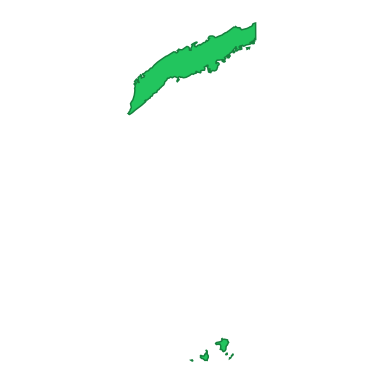 Roatan, Islas de la Bahía, Honduras
{"feature_id": "27666195B61672641857391", "entity_name": "Roatan", "entity_type": "district", "adm_level": 2, "iso_a3": "HND", "parent_name": "Honduras", "parent_adm1": "Islas de la Bahía", "projection": "mercator", "projection_center": [-86.506, 16.164], "detail": "fine", "context": "isolated", "style": "filled", "palette": "green", "viewbox_px": 384, "rotation_deg": 0, "n_neighbors": 0, "source": "geoboundaries", "source_scale": "gbopen_adm2", "svg_char_len": 5745}
<svg xmlns="http://www.w3.org/2000/svg" viewBox="0 0 384 384"><path d="M255.6,23.0L254.3,23.3L253.0,23.9L252.7,24.2L252.4,25.6L250.8,26.7L249.7,27.0L249.1,27.5L246.9,28.5L241.7,29.8L241.3,29.6L241.1,29.1L240.3,28.8L240.2,28.1L239.9,27.7L237.5,27.7L236.6,27.3L235.6,26.5L234.9,27.3L233.8,27.1L229.0,30.7L228.8,31.0L228.0,31.3L227.2,32.1L224.7,33.1L224.0,33.7L223.6,33.8L222.1,35.0L218.6,36.3L216.1,37.5L214.9,37.5L214.0,36.5L212.5,36.0L210.8,36.0L209.5,36.3L209.2,36.5L208.2,38.1L208.2,38.3L209.2,38.7L208.6,39.1L208.7,39.8L208.4,40.1L207.2,41.1L206.7,40.4L206.4,40.4L205.3,42.3L203.5,42.7L200.5,45.0L200.0,44.5L199.1,45.0L198.2,45.1L196.2,46.8L195.6,46.5L195.0,46.6L194.6,46.1L194.8,45.5L194.5,44.3L195.4,43.8L196.7,42.8L197.0,42.3L196.6,42.1L195.7,42.3L193.3,43.5L191.7,44.6L191.6,44.8L192.7,45.2L191.0,48.1L190.9,48.8L191.2,50.0L191.0,50.3L189.5,50.2L189.3,48.3L189.0,47.4L187.8,46.6L186.8,46.5L182.2,49.7L180.8,49.8L178.7,49.2L178.1,50.0L177.3,50.6L177.6,50.9L178.5,50.8L177.8,52.0L177.1,52.7L176.6,52.9L176.1,52.8L175.9,52.5L175.7,52.0L173.6,51.9L167.6,55.7L165.8,56.4L159.7,60.6L157.5,62.2L154.2,65.2L152.0,67.9L150.5,68.3L148.4,70.6L147.8,71.0L146.2,71.4L144.2,73.5L143.0,73.7L142.7,74.0L142.6,74.4L143.3,75.2L143.7,75.6L144.5,75.8L144.0,77.1L142.4,77.5L141.5,78.0L141.5,76.0L140.8,74.7L140.6,74.8L140.4,75.1L140.8,75.9L140.7,76.3L140.3,76.5L139.4,76.3L138.1,77.6L138.3,78.7L138.0,79.1L138.0,79.5L139.0,82.4L138.5,82.5L137.6,81.9L137.5,81.3L137.0,80.5L136.9,79.8L136.4,79.2L134.6,81.4L134.5,81.7L134.6,81.9L135.9,82.5L136.1,83.5L135.9,83.8L135.5,84.1L134.7,83.7L134.3,83.7L134.1,84.0L134.9,84.9L135.2,86.8L134.6,88.3L134.9,89.8L134.8,91.6L134.3,95.2L132.9,99.8L131.4,102.0L130.5,103.7L131.3,107.2L131.2,108.0L130.3,109.5L130.1,110.8L129.3,111.6L128.8,112.7L128.3,113.3L128.5,113.3L128.9,114.3L129.5,114.5L132.5,112.5L135.3,110.0L141.7,105.2L144.4,102.8L145.5,101.8L145.9,101.2L145.9,100.9L145.0,100.7L145.4,100.2L147.1,100.0L147.8,99.5L149.0,98.4L150.1,98.0L150.4,97.3L150.5,96.6L152.3,95.9L152.9,94.2L153.2,93.7L154.2,93.3L155.1,92.7L156.0,92.6L156.8,92.2L157.0,91.8L156.9,91.5L157.5,90.3L159.0,89.5L159.7,88.4L160.9,87.5L161.6,86.6L163.7,84.9L164.4,83.5L164.7,82.0L166.7,80.0L167.5,78.3L169.1,78.1L170.5,77.0L171.5,77.3L172.0,77.7L172.3,77.8L174.0,76.7L174.5,76.6L175.1,76.6L177.6,77.9L178.2,77.8L179.0,76.8L179.7,76.6L180.0,76.7L180.5,77.3L182.1,77.2L183.1,77.7L184.0,77.7L186.1,77.3L187.7,76.5L189.9,75.4L190.6,74.7L192.0,73.9L193.3,74.3L194.1,73.7L196.2,73.1L196.3,72.6L195.9,72.0L196.2,71.4L197.0,71.6L197.7,72.3L199.1,72.3L199.9,72.7L200.5,72.8L200.8,72.4L200.8,70.9L201.1,70.6L202.5,70.3L204.5,70.2L204.9,68.6L204.3,67.3L204.3,67.0L205.8,66.4L206.4,65.6L207.7,65.2L207.9,65.3L207.9,66.2L207.3,66.8L207.6,67.7L208.2,68.7L209.9,69.0L209.9,70.3L210.6,71.3L211.2,71.4L212.7,70.5L214.4,70.9L216.0,70.3L216.9,69.2L217.1,68.2L217.6,67.1L217.6,66.1L217.8,65.5L218.9,64.8L219.1,64.2L219.0,63.6L218.4,62.9L216.8,62.4L216.6,62.5L216.5,63.5L216.3,63.6L216.1,63.5L215.9,63.0L216.0,62.4L215.9,61.8L216.4,61.2L216.6,60.5L217.6,60.1L219.1,60.1L222.5,59.6L224.4,60.1L225.5,58.6L224.6,58.0L224.5,57.5L226.2,56.6L226.9,55.6L228.5,54.6L229.5,54.2L230.2,53.0L231.7,52.2L232.5,50.9L233.3,50.1L233.6,49.5L235.0,48.3L235.4,47.3L235.8,46.8L236.0,46.8L236.2,48.2L236.6,48.5L235.9,49.3L235.7,50.1L236.0,50.9L236.5,51.0L237.1,50.8L238.3,49.7L240.6,49.5L241.8,49.0L241.5,47.1L241.3,46.4L240.7,46.9L239.9,48.2L239.7,47.6L239.1,47.0L239.8,46.5L239.8,46.1L241.0,45.7L242.0,46.0L242.2,45.7L242.2,45.4L242.4,45.3L243.8,46.2L245.2,45.6L246.4,44.8L247.5,44.7L250.6,44.0L250.9,43.6L251.0,43.2L250.1,42.7L250.2,42.4L251.4,42.2L252.1,41.3L252.7,41.5L253.4,41.1L253.5,40.5L254.8,40.8L254.8,40.5L254.4,40.1L254.7,38.5L255.1,38.4L255.4,39.2L255.7,39.3L255.6,23.0ZM216.6,342.5L216.1,342.8L215.6,343.6L216.4,344.5L217.7,344.3L218.1,344.4L218.5,344.1L219.3,344.3L219.8,344.1L220.0,344.2L220.8,346.0L220.6,348.3L220.3,349.4L220.6,349.5L221.5,349.4L222.0,349.9L223.0,351.4L223.4,351.6L224.9,350.9L225.8,349.6L226.1,346.5L226.7,345.5L227.4,344.9L227.5,344.3L227.9,343.8L228.0,343.2L228.6,342.5L228.3,341.8L227.6,341.0L227.6,340.1L227.3,339.8L224.3,339.2L222.9,339.3L222.3,339.0L222.1,338.6L221.8,338.8L221.7,339.1L222.1,339.9L222.0,340.6L220.8,341.5L219.8,341.9L216.6,342.5ZM202.8,356.1L201.2,355.5L200.6,355.5L200.4,355.9L200.9,356.7L200.5,357.1L200.5,357.5L201.8,358.5L203.1,358.6L203.4,359.1L203.7,359.2L204.9,360.4L206.2,360.3L207.2,360.4L207.2,359.7L208.2,357.6L208.3,356.7L208.2,355.7L207.2,354.0L207.2,351.1L206.5,350.3L206.2,350.4L206.6,350.9L206.5,352.3L205.9,353.1L205.7,353.8L204.9,354.1L204.5,355.3L204.0,355.9L202.8,356.1ZM210.4,72.6L210.9,72.5L210.9,72.2L210.1,71.8L209.6,71.2L209.2,69.8L209.2,69.3L208.9,69.2L208.0,69.3L208.6,72.0L210.4,72.6ZM228.3,57.9L229.2,57.6L229.4,56.8L230.1,56.1L230.0,55.5L229.0,55.4L227.9,56.8L227.1,57.3L227.3,57.6L228.3,57.9ZM253.8,43.7L254.2,43.3L254.0,42.6L254.2,42.2L253.9,41.6L253.1,41.9L252.0,42.8L251.8,43.3L252.2,43.6L253.8,43.7ZM177.3,81.7L178.8,80.2L179.1,79.4L178.6,78.9L178.1,79.0L177.1,80.3L176.9,81.2L177.3,81.7ZM224.0,62.1L225.1,61.5L225.2,61.2L223.8,60.5L222.2,60.9L222.3,61.3L224.0,62.1ZM232.7,52.6L234.0,52.7L234.6,52.1L234.7,51.3L234.0,50.8L233.6,50.8L233.1,51.8L233.1,52.5L232.7,52.6ZM247.0,49.3L247.8,49.0L248.2,48.6L248.1,47.7L246.6,47.8L246.9,48.4L247.0,49.3ZM226.1,354.8L227.2,354.4L227.2,353.3L226.7,353.3L226.3,353.6L225.8,354.5L226.1,354.8ZM192.4,361.0L192.7,360.8L192.7,360.5L192.2,359.9L190.9,360.2L191.8,360.8L192.4,361.0ZM231.6,356.1L232.5,355.6L232.9,355.0L233.1,354.3L232.7,354.2L232.3,354.9L231.5,355.7L231.6,356.1ZM229.5,358.7L230.8,357.8L231.0,357.3L229.6,357.8L229.5,358.7ZM249.4,48.3L249.6,47.4L248.5,47.6L248.7,48.0L249.2,48.0L249.4,48.3Z" fill="#22c55e" stroke="#15803d" stroke-width="1.5"/></svg>